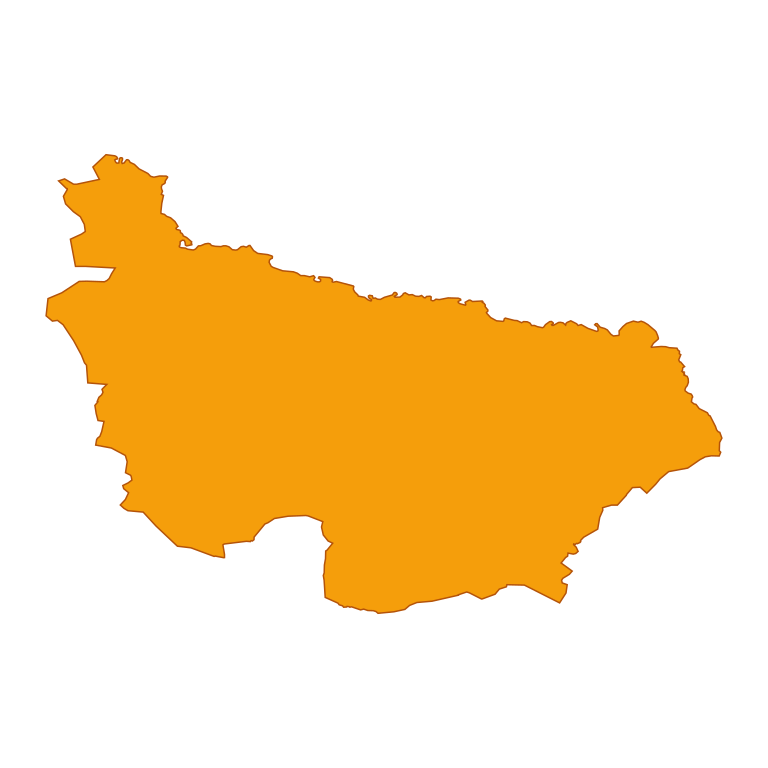 the district of Sakstagala pag., Rezeknes, Latvia
{"feature_id": "27541924B56476396164581", "entity_name": "Sakstagala pag.", "entity_type": "district", "adm_level": 2, "iso_a3": "LVA", "parent_name": "Latvia", "parent_adm1": "Rezeknes", "projection": "equal_earth", "projection_center": [27.122, 56.527], "detail": "fine", "context": "isolated", "style": "filled", "palette": "amber", "viewbox_px": 768, "rotation_deg": 0, "n_neighbors": 0, "source": "geoboundaries", "source_scale": "gbopen_adm2", "svg_char_len": 6090}
<svg xmlns="http://www.w3.org/2000/svg" viewBox="0 0 768 768"><path d="M677.0,348.2L669.2,347.7L665.7,346.7L661.1,346.5L651.4,347.3L651.2,346.9L653.4,343.3L658.2,339.1L658.4,338.2L657.6,335.5L656.1,331.9L654.9,330.5L647.9,324.6L644.1,322.3L641.1,321.2L638.0,322.2L633.4,321.1L626.5,323.5L622.9,326.6L619.1,330.9L619.2,334.3L618.8,335.4L613.4,336.0L610.9,334.3L607.3,329.9L604.7,328.5L600.2,327.2L597.1,323.6L595.7,323.7L594.7,324.8L597.6,327.0L598.2,330.1L597.7,331.1L596.6,331.4L588.0,328.4L581.2,324.6L578.0,325.5L576.7,323.8L570.8,320.8L567.1,322.4L566.0,323.4L565.6,325.1L563.0,322.8L560.3,322.3L558.5,322.5L553.3,325.4L552.1,325.4L551.6,324.6L553.2,323.6L553.1,322.7L551.5,321.5L549.7,321.6L545.5,324.6L543.6,327.2L542.5,327.7L537.5,326.7L534.5,325.5L531.6,325.5L530.0,323.1L527.3,321.8L523.6,321.6L521.6,322.7L517.1,320.6L514.3,320.4L505.3,318.1L504.3,318.8L503.8,320.8L503.0,321.4L496.5,320.8L490.7,317.6L486.8,313.4L486.4,312.5L487.8,311.2L487.9,310.0L485.1,306.6L485.3,305.0L483.9,303.2L482.3,302.3L482.8,301.5L482.2,301.0L472.5,301.5L470.3,300.2L469.1,300.1L465.1,302.3L465.8,304.7L465.4,305.2L459.9,303.7L458.3,302.6L458.2,301.5L460.8,300.0L460.5,299.1L458.4,298.2L448.1,297.9L439.3,299.6L435.9,299.2L434.0,300.6L432.4,300.8L430.9,299.9L431.2,297.0L430.1,296.2L426.4,296.5L425.5,297.7L424.1,297.7L421.6,295.5L418.9,296.4L415.6,296.2L412.3,294.6L408.9,294.9L405.2,292.8L403.4,293.5L402.7,294.9L399.9,297.1L394.9,297.2L394.3,296.3L397.0,294.7L397.2,294.2L396.5,293.0L395.1,292.4L394.1,292.6L392.3,295.0L384.4,297.3L380.4,299.4L377.5,299.2L375.4,298.0L373.1,298.3L372.3,295.8L369.6,295.3L368.5,295.9L368.5,297.1L369.4,298.4L371.4,299.5L371.4,300.6L370.9,301.0L368.4,300.1L364.6,297.3L358.3,296.1L357.8,294.9L354.7,291.9L353.5,289.7L353.3,288.9L353.8,286.6L353.4,286.0L336.4,281.5L333.4,282.2L332.3,281.9L332.1,281.2L332.6,280.4L332.2,279.3L329.7,277.6L319.1,276.8L318.4,278.1L320.6,279.4L320.6,281.0L319.6,281.8L317.8,281.9L315.3,281.2L314.0,280.2L313.8,279.4L315.0,277.4L313.6,275.7L309.7,276.8L304.3,275.6L300.7,275.6L297.3,273.2L293.4,271.8L282.6,270.8L273.0,267.4L271.2,266.3L269.1,262.3L269.5,260.1L270.6,259.0L272.2,258.3L272.5,256.8L272.0,256.0L267.7,254.6L257.7,253.4L253.6,250.6L250.0,245.5L249.0,245.5L246.3,247.2L243.5,246.3L241.1,246.7L237.5,249.7L235.8,250.1L232.3,249.7L229.0,246.8L225.9,245.8L223.4,245.8L221.0,246.6L215.3,246.3L211.5,245.5L210.0,243.8L208.2,243.4L205.0,243.9L200.8,245.7L198.4,245.9L195.5,249.1L193.3,250.0L187.6,249.2L185.4,248.1L181.2,247.7L179.5,247.0L179.2,246.1L180.0,245.0L180.2,241.6L182.3,240.2L184.2,240.4L185.1,242.4L185.4,245.1L186.7,245.9L191.8,244.8L191.9,244.1L191.1,243.4L191.7,241.9L186.6,237.5L183.1,235.8L182.8,234.5L181.8,233.3L180.5,232.7L180.3,230.8L179.7,230.2L176.5,229.4L176.0,228.4L176.4,227.7L178.0,226.4L175.0,221.6L170.6,217.8L166.6,216.3L164.5,214.4L161.1,213.5L160.9,211.9L161.8,203.3L163.5,195.4L161.3,194.4L162.5,191.2L161.6,189.1L161.3,186.9L162.1,184.9L164.8,183.4L165.3,182.1L165.1,181.2L167.6,177.4L167.5,176.8L166.2,176.1L159.6,176.0L153.9,177.2L150.6,176.3L147.9,173.5L139.1,168.9L134.4,164.4L130.2,162.4L129.0,160.5L127.8,159.7L126.5,159.8L124.1,163.0L122.2,163.5L121.6,162.0L122.5,159.8L122.5,158.3L121.9,157.8L120.8,157.7L119.5,158.4L118.8,163.0L116.8,163.1L115.8,162.3L114.7,160.0L115.6,159.3L117.1,159.1L117.5,158.2L116.6,156.7L114.8,155.8L106.0,154.7L92.9,167.0L99.4,179.4L76.8,184.2L73.6,184.2L64.6,178.9L58.6,180.9L66.5,188.6L67.2,188.6L67.3,189.5L63.4,196.3L65.6,203.9L73.4,211.7L80.3,216.7L84.3,224.3L85.3,231.5L81.5,234.1L70.4,239.2L75.5,266.4L85.8,266.4L115.2,268.0L111.6,273.7L109.2,278.5L107.0,280.5L104.4,281.8L86.8,281.2L79.2,281.4L61.8,292.8L48.0,298.6L46.1,315.8L52.4,321.1L57.5,320.4L63.1,324.7L73.6,340.6L81.5,355.2L84.5,362.8L86.5,365.2L87.8,382.9L106.8,384.4L102.0,389.3L103.0,392.3L101.6,394.9L98.9,397.3L97.2,401.4L97.9,401.8L94.9,405.4L96.2,413.6L98.0,420.5L104.0,421.4L101.7,431.6L99.9,436.3L97.5,438.2L96.6,439.7L95.7,445.1L111.3,448.0L125.1,455.3L125.5,455.9L127.2,461.7L125.5,472.7L130.5,475.2L131.2,476.4L131.9,480.1L128.1,482.9L122.8,485.5L123.7,488.7L128.6,492.7L125.4,499.5L120.3,505.0L124.0,508.4L127.9,510.7L143.2,512.1L156.0,526.0L177.4,546.2L190.9,547.8L214.1,556.4L215.3,556.1L223.7,557.7L224.5,557.6L224.5,554.4L222.9,544.9L224.2,544.0L246.4,541.3L250.4,541.6L251.2,540.6L252.4,541.0L254.0,539.7L254.1,537.1L264.9,524.0L268.0,522.7L274.4,518.5L288.2,516.2L305.8,515.5L308.1,515.9L322.8,521.6L321.5,527.0L323.3,535.0L328.1,541.0L332.7,543.2L327.1,550.1L325.7,551.0L325.5,558.8L324.4,565.0L324.2,572.9L323.3,575.5L324.1,580.1L325.2,597.4L337.9,603.1L339.2,604.8L342.5,605.8L343.6,607.2L346.6,607.0L347.0,606.4L349.3,606.7L349.8,607.2L351.5,606.8L360.6,609.9L363.7,609.1L367.8,610.5L373.4,610.7L376.1,611.6L378.0,613.3L393.9,611.8L404.9,609.4L409.6,605.4L416.9,602.5L432.0,601.2L458.4,595.2L458.3,594.8L466.7,592.0L469.3,592.8L481.5,599.0L482.3,598.9L495.1,594.2L499.3,589.1L506.4,586.8L506.9,584.7L524.4,585.1L559.6,602.9L566.0,593.0L567.2,584.7L562.2,582.9L561.6,580.1L563.0,578.2L569.4,574.3L572.2,571.1L561.1,563.0L565.6,557.5L567.6,556.2L568.0,553.1L573.3,554.1L575.7,553.5L578.1,551.4L576.2,547.2L573.6,544.6L573.7,544.0L575.2,544.4L576.5,543.4L577.3,543.7L580.0,542.5L580.7,541.7L580.4,541.3L580.9,540.1L583.7,537.2L597.7,529.1L599.7,517.4L602.8,510.3L602.6,507.7L611.5,505.1L617.4,505.1L626.3,495.3L626.6,494.4L632.4,487.6L640.2,487.2L646.8,493.2L655.7,484.2L660.1,478.8L668.7,471.6L687.7,468.1L699.9,459.7L705.3,456.8L711.5,455.8L719.2,456.0L720.7,452.2L719.3,450.7L719.6,442.5L721.9,438.1L719.8,432.4L718.1,431.7L716.6,429.8L715.5,426.5L710.1,415.9L708.8,415.3L707.4,412.8L699.2,408.6L696.0,404.4L694.0,403.9L691.4,401.8L692.0,398.1L692.7,397.0L692.2,395.6L691.2,394.1L688.1,393.1L685.3,391.0L684.9,389.9L685.7,387.5L687.2,385.7L688.4,382.3L688.2,378.8L687.2,376.4L684.0,375.1L684.0,374.5L684.5,374.2L683.9,373.5L684.3,372.9L683.3,372.4L683.7,372.0L682.5,371.8L681.8,371.2L682.4,370.6L682.8,367.7L684.6,366.6L680.6,362.0L679.7,361.9L678.7,359.9L680.8,354.7L679.3,353.7L679.5,351.3L677.8,349.9L677.0,348.2Z" fill="#f59e0b" stroke="#b45309" stroke-width="1.5"/></svg>